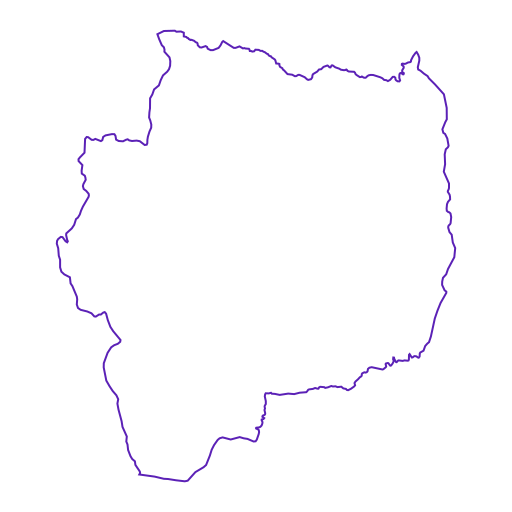 the district of Xaysathan, Xaignabouri, Laos
{"feature_id": "54806243B87801553975082", "entity_name": "Xaysathan", "entity_type": "district", "adm_level": 2, "iso_a3": "LAO", "parent_name": "Laos", "parent_adm1": "Xaignabouri", "projection": "natural_earth1", "projection_center": [101.39, 19.388], "detail": "fine", "context": "isolated", "style": "outline", "palette": "violet", "viewbox_px": 512, "rotation_deg": 0, "n_neighbors": 0, "source": "geoboundaries", "source_scale": "gbopen_adm2", "svg_char_len": 5887}
<svg xmlns="http://www.w3.org/2000/svg" viewBox="0 0 512 512"><path d="M157.4,34.2L159.1,39.0L161.8,45.2L163.9,47.3L164.5,49.6L164.4,51.7L169.5,57.4L170.3,61.1L170.1,65.8L169.0,69.2L167.2,71.7L163.0,75.4L160.7,80.2L158.9,85.4L154.1,89.4L152.3,94.5L150.1,98.3L150.0,108.3L149.4,112.4L149.1,117.5L150.3,120.6L151.3,124.6L151.2,127.7L149.5,131.5L147.9,136.7L147.4,139.8L147.3,143.2L146.7,144.7L144.7,145.0L139.8,141.2L136.6,140.6L132.0,141.0L129.2,140.4L127.7,139.3L126.2,139.7L123.0,141.3L118.7,141.0L116.1,139.6L115.5,135.9L114.4,134.2L112.0,134.1L105.5,135.4L103.2,136.9L102.3,140.2L100.9,141.1L95.3,138.9L93.4,139.9L91.6,139.8L88.2,137.2L86.7,137.0L85.1,138.9L84.5,152.7L80.0,157.3L78.5,159.2L78.6,161.1L82.4,165.1L81.6,170.8L81.8,173.6L84.8,175.7L85.4,177.6L85.7,179.8L83.4,184.1L82.9,186.1L83.7,189.0L86.2,190.9L88.6,193.7L88.9,195.2L88.6,196.8L82.9,206.6L81.0,210.8L79.8,214.5L77.9,217.6L76.0,219.1L74.2,224.8L71.8,228.4L66.3,233.4L66.1,235.0L67.1,239.6L67.8,241.3L67.2,242.3L65.6,241.3L62.5,237.1L60.8,236.9L58.1,239.1L57.1,240.8L56.8,243.7L58.2,248.2L58.8,255.8L60.1,259.7L60.1,267.4L61.4,271.7L64.3,274.4L69.9,277.3L70.6,283.4L72.4,286.1L76.8,296.6L77.2,299.3L76.8,304.5L78.0,308.0L80.6,309.8L87.3,311.5L91.5,313.3L94.3,316.4L95.8,316.6L99.1,314.5L100.9,314.5L103.2,312.6L104.7,312.1L106.1,313.7L107.8,320.1L110.4,326.9L113.2,331.2L120.5,340.0L120.2,341.8L117.8,343.8L114.2,345.2L111.2,347.3L107.6,352.8L103.8,363.2L103.7,367.4L106.3,380.6L109.6,386.3L112.7,391.0L116.4,395.3L118.2,399.2L117.4,403.6L118.5,409.6L121.6,421.2L122.5,426.9L126.8,436.5L126.3,441.5L127.5,444.5L128.1,450.0L130.5,456.2L132.2,459.0L134.9,461.3L135.4,464.9L139.8,471.5L140.1,473.0L139.3,474.5L154.6,476.6L163.9,478.8L168.0,479.0L176.2,480.3L184.8,481.3L187.7,480.7L195.4,472.1L203.6,467.2L206.1,465.0L209.9,455.5L211.7,449.7L214.1,445.0L217.7,439.9L219.6,438.3L222.6,437.4L230.7,439.5L239.7,437.1L243.7,438.3L247.5,438.9L253.6,441.5L255.6,441.3L256.8,439.6L258.7,434.1L259.1,432.1L258.8,430.1L257.7,429.2L256.2,428.6L256.0,428.1L256.3,427.7L259.1,427.4L260.4,426.8L261.6,425.5L262.3,423.7L262.5,422.1L261.6,420.1L261.7,419.5L263.4,419.1L264.2,418.1L262.4,416.8L262.5,416.1L263.0,415.5L264.6,414.9L265.1,414.2L265.2,413.3L264.5,410.0L265.0,408.4L264.6,406.7L264.8,405.7L265.8,404.0L265.8,401.1L264.8,396.4L265.1,394.4L265.7,393.3L268.8,393.4L271.0,392.8L271.8,393.7L274.9,393.9L279.7,394.9L288.2,393.6L294.2,394.1L299.7,392.7L306.2,392.2L307.1,391.4L308.2,389.8L309.1,389.4L312.9,388.9L315.1,388.0L317.6,388.7L318.4,388.7L319.1,387.4L320.2,386.8L324.3,387.2L325.2,387.9L328.0,387.3L331.3,386.0L332.9,386.5L335.5,386.3L337.4,387.1L341.3,386.7L343.3,388.4L345.9,388.9L346.8,389.9L348.1,390.2L350.9,388.8L354.1,386.5L355.1,385.3L354.5,383.1L355.4,381.6L358.0,379.3L359.8,377.3L361.2,376.4L361.7,375.7L361.8,374.1L362.3,373.3L364.3,372.3L365.6,372.6L366.7,372.2L367.5,371.4L368.0,368.9L369.4,367.7L371.7,367.2L382.5,369.5L383.4,369.2L385.8,367.2L386.2,366.5L385.6,364.1L385.9,363.5L387.8,363.0L388.4,363.2L390.0,365.5L390.4,365.7L391.1,365.5L392.6,363.5L393.5,361.7L393.6,360.5L393.1,359.2L393.3,357.5L394.0,357.6L394.2,358.7L395.6,361.4L396.1,362.1L396.6,362.2L398.1,360.6L398.7,360.4L402.7,360.9L404.5,360.4L407.8,360.7L408.5,360.5L408.9,359.5L409.0,354.8L409.6,354.1L411.8,357.5L412.6,357.4L414.2,356.2L414.9,356.1L416.5,356.4L417.7,357.4L418.7,357.7L419.3,357.0L419.6,356.5L419.8,353.4L420.3,352.5L423.5,350.7L425.2,346.0L427.3,343.6L429.0,342.2L430.9,336.5L434.8,318.5L437.5,310.6L440.6,302.9L446.3,292.9L446.3,291.6L444.6,290.3L442.1,284.9L442.2,281.5L443.0,277.8L446.2,274.3L448.0,269.0L454.3,257.2L455.2,248.1L452.8,242.5L451.7,234.7L449.5,232.1L448.2,227.7L448.3,226.3L448.8,225.4L450.1,224.2L450.6,223.1L451.2,217.1L450.5,213.5L449.3,212.3L448.3,212.1L446.8,210.8L446.6,208.5L447.0,204.2L448.0,201.8L450.1,199.4L450.0,196.6L449.6,194.7L447.8,191.8L447.9,190.8L448.6,189.5L449.0,188.0L449.0,183.5L443.8,171.7L445.1,164.2L444.7,154.3L445.8,149.3L447.9,147.3L448.6,145.8L447.3,138.5L445.1,134.0L443.3,132.8L442.4,129.3L445.3,122.1L446.8,119.3L446.7,107.9L443.9,94.3L435.0,84.4L428.9,78.3L427.6,76.1L423.9,73.6L420.5,70.7L418.2,69.5L417.8,67.2L419.3,60.7L419.3,57.8L418.2,54.7L416.6,52.0L415.6,52.8L413.1,56.2L411.1,60.1L410.9,61.6L410.3,62.1L408.0,62.5L405.7,63.7L404.5,63.9L402.5,63.6L401.9,63.9L401.8,64.9L403.6,66.4L403.7,66.9L403.7,67.8L402.2,70.3L402.2,71.5L402.4,72.2L403.8,73.1L403.8,73.7L403.5,74.3L403.1,74.4L401.0,73.0L400.3,73.1L399.7,73.7L399.4,74.8L399.3,77.9L400.1,80.4L399.4,81.4L397.6,81.3L396.0,80.2L395.5,79.4L395.3,77.7L394.2,76.8L392.7,76.9L390.2,79.8L387.9,81.1L386.4,80.2L384.1,79.9L382.4,78.3L380.4,77.3L373.2,75.0L370.7,74.9L368.7,75.3L367.4,76.1L366.0,77.5L365.2,77.8L363.7,77.6L361.9,76.5L361.1,77.0L359.8,77.1L356.4,74.9L355.5,74.0L355.0,72.7L354.1,71.8L348.8,71.5L347.4,70.8L346.8,69.8L346.2,69.5L345.5,70.0L344.0,70.2L340.9,69.7L339.3,68.7L335.3,67.3L332.8,65.5L332.0,65.3L331.5,65.6L330.5,67.4L329.5,67.3L327.9,65.7L327.3,65.5L323.5,66.9L321.2,69.2L319.0,69.5L317.2,71.6L313.2,74.0L312.5,75.1L312.2,77.5L311.0,79.2L308.2,79.9L307.0,79.3L304.7,77.2L299.6,74.9L298.2,74.9L296.2,76.1L294.9,76.2L292.2,74.7L287.5,74.1L284.1,70.4L282.9,69.5L282.3,68.2L280.1,66.9L279.4,65.4L279.4,64.0L278.8,63.7L276.2,63.5L275.3,60.2L274.7,59.4L271.6,57.3L270.8,56.2L269.9,56.1L268.7,55.4L268.1,54.2L266.8,53.7L264.7,52.1L263.4,51.7L262.4,50.9L260.5,50.9L258.8,49.9L255.4,49.7L254.1,51.3L252.2,51.6L251.5,51.1L249.8,51.0L249.4,49.4L248.9,48.8L245.4,48.5L244.4,48.1L242.9,48.4L239.5,46.4L235.5,47.9L233.8,47.9L223.2,41.1L222.2,42.0L220.5,45.4L218.6,47.9L213.1,50.1L210.5,50.1L207.7,48.7L207.1,47.0L205.6,46.1L201.5,47.5L199.8,47.3L197.8,45.3L197.5,43.3L197.0,42.7L195.7,42.2L194.1,40.8L191.5,39.8L190.3,40.0L189.8,39.4L188.8,39.1L188.1,38.1L187.2,37.9L186.4,37.0L183.8,36.4L183.8,32.7L180.9,31.5L176.4,31.7L174.8,30.7L163.9,31.0L157.4,34.2Z" fill="none" stroke="#5b21b6" stroke-width="2"/></svg>